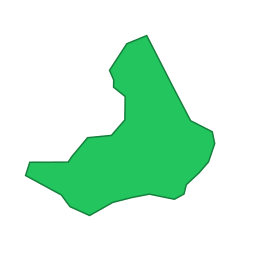 the district of Håbo, Uppsala, Sweden, rotated 194°
{"feature_id": "70781695B92179947733234", "entity_name": "Håbo", "entity_type": "district", "adm_level": 2, "iso_a3": "SWE", "parent_name": "Sweden", "parent_adm1": "Uppsala", "projection": "robinson", "projection_center": [17.508, 59.623], "detail": "fine", "context": "isolated", "style": "filled", "palette": "green", "viewbox_px": 256, "rotation_deg": 194, "n_neighbors": 0, "source": "geoboundaries", "source_scale": "gbopen_adm2", "svg_char_len": 550}
<svg xmlns="http://www.w3.org/2000/svg" viewBox="0 0 256 256"><g transform="rotate(194 128 128)"><path d="M144.1,33.8L124.8,52.1L107.2,61.6L91.2,69.0L65.7,70.1L57.7,77.5L57.7,87.1L48.1,101.9L41.7,114.6L40.1,133.8L45.3,144.7L69.0,150.2L94.1,178.5L132.2,222.2L149.5,209.5L159.9,179.5L153.5,171.2L151.9,164.1L138.4,157.9L133.0,135.1L142.3,116.8L164.9,108.8L169.8,98.6L175.6,86.7L177.8,80.4L178.2,80.3L215.0,71.0L215.9,57.1L179.2,47.6L176.4,46.9L169.5,41.1L165.1,37.6L147.4,34.4L144.1,33.8Z" fill="#22c55e" stroke="#15803d" stroke-width="1.5"/></g></svg>